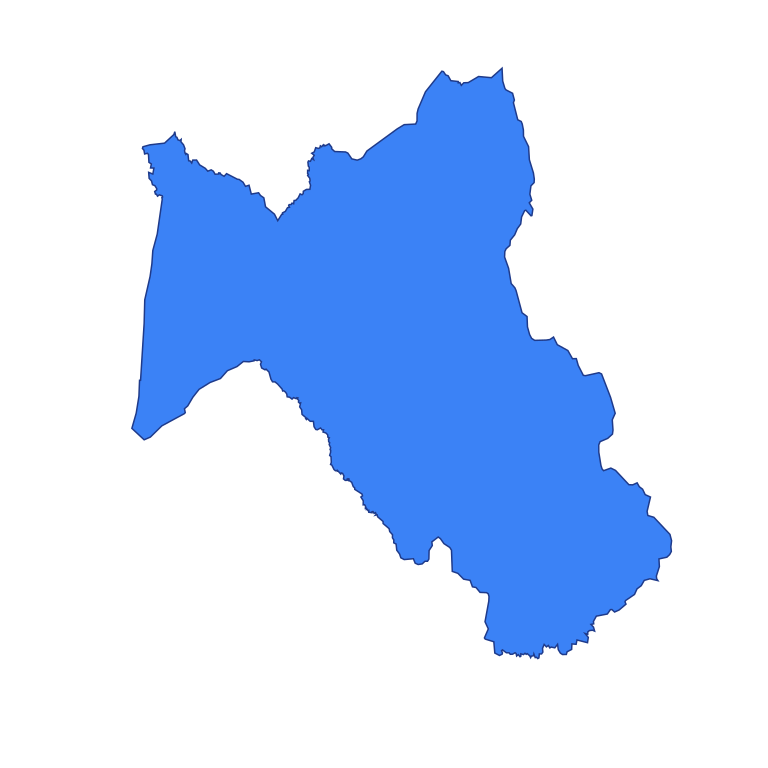 Thung Saliam, Sukhothai, Thailand, rotated 170°
{"feature_id": "78962969B26447913933028", "entity_name": "Thung Saliam", "entity_type": "district", "adm_level": 2, "iso_a3": "THA", "parent_name": "Thailand", "parent_adm1": "Sukhothai", "projection": "equal_earth", "projection_center": [99.595, 17.377], "detail": "fine", "context": "isolated", "style": "filled", "palette": "blue", "viewbox_px": 768, "rotation_deg": 170, "n_neighbors": 0, "source": "geoboundaries", "source_scale": "gbopen_adm2", "svg_char_len": 6121}
<svg xmlns="http://www.w3.org/2000/svg" viewBox="0 0 768 768"><g transform="rotate(170 384 384)"><path d="M212.9,674.5L225.0,667.0L237.5,670.4L248.7,666.2L253.1,666.8L256.0,664.7L256.9,667.7L258.6,667.7L258.4,669.0L265.5,671.1L267.3,676.4L269.6,677.7L271.2,681.3L272.7,682.0L292.4,664.6L302.6,649.0L304.4,644.8L305.8,637.3L307.7,634.5L319.1,635.9L326.6,633.0L360.4,616.4L364.9,611.3L367.7,609.8L371.5,609.1L376.6,611.3L379.5,617.7L381.6,619.2L392.2,621.5L394.7,624.8L394.4,626.2L396.4,630.1L400.2,628.8L401.1,629.5L401.7,628.9L402.2,630.1L404.2,628.5L405.3,629.6L406.2,627.7L407.8,627.4L410.2,628.6L412.4,624.7L415.1,623.8L413.0,621.4L414.8,619.3L414.4,617.2L416.0,618.6L417.8,616.1L419.6,616.8L420.4,615.7L420.7,611.7L420.0,610.4L420.6,607.1L422.1,607.7L422.7,604.5L422.1,603.6L423.0,602.6L421.4,599.5L421.5,596.8L422.4,596.2L421.8,592.5L423.2,588.6L426.6,589.1L430.0,587.8L430.5,585.5L431.9,584.6L433.6,585.8L436.2,582.2L439.0,580.2L440.7,580.3L441.7,577.2L443.2,578.1L444.2,576.9L446.3,577.1L446.9,576.3L446.4,574.5L448.4,574.4L451.2,571.1L454.2,570.2L454.3,568.8L455.2,568.9L460.3,563.3L462.4,570.3L469.9,579.1L470.0,588.2L472.9,591.1L474.3,594.1L481.7,594.1L482.4,603.2L486.1,602.7L487.8,607.2L491.1,610.6L492.8,611.1L502.5,618.5L505.4,616.3L508.1,618.6L508.8,620.3L510.1,620.6L510.2,619.5L513.9,619.9L515.1,623.2L517.0,624.9L520.6,624.2L522.5,627.4L527.5,631.8L529.7,637.1L533.5,637.7L535.0,635.0L536.2,637.3L537.6,637.8L537.2,644.0L538.8,645.4L539.3,644.7L539.9,646.2L539.9,648.5L539.1,650.2L539.9,654.4L541.9,657.8L541.3,660.1L542.8,659.2L544.5,660.2L545.1,662.9L546.2,663.7L546.2,668.8L547.6,666.2L558.3,659.3L572.9,660.2L580.2,659.5L581.0,657.9L579.8,655.9L579.8,652.1L576.9,652.3L576.1,650.9L577.0,643.1L574.9,641.1L576.4,637.3L573.1,636.6L575.2,630.9L579.0,633.3L579.6,627.3L577.7,624.4L577.4,620.5L575.2,619.1L573.9,615.9L574.2,614.5L576.4,613.4L576.1,610.7L575.2,610.5L574.4,608.3L572.4,609.3L569.7,607.8L569.6,606.6L570.4,606.1L570.3,604.5L581.3,571.0L588.5,555.6L591.7,542.7L595.7,530.5L605.0,508.4L609.7,485.3L623.1,429.9L624.1,430.1L627.5,414.4L633.1,398.3L640.0,384.1L629.9,370.7L623.3,372.3L610.0,381.4L585.7,389.5L584.7,390.3L584.8,394.3L581.1,396.5L574.5,404.2L567.0,410.9L555.0,415.7L544.1,417.8L535.9,424.3L525.7,426.7L518.6,430.6L513.0,429.3L507.9,429.4L507.6,430.3L504.9,429.1L502.5,429.5L500.8,427.1L502.2,425.0L501.7,421.0L498.7,418.6L497.6,419.1L495.2,415.8L494.5,408.4L493.4,405.5L491.0,405.0L488.8,402.5L485.2,396.6L485.0,394.7L483.9,394.7L482.4,393.1L481.5,391.0L481.6,388.2L479.3,387.4L477.2,385.1L475.4,386.3L473.2,384.9L472.2,385.7L471.2,385.2L472.0,384.5L470.8,382.6L471.4,381.1L470.5,379.8L469.4,379.9L471.0,376.1L469.6,372.9L470.0,368.3L466.3,363.8L467.1,363.6L466.6,362.5L465.6,363.3L463.2,360.1L460.0,359.5L460.3,354.1L459.1,351.1L457.6,350.5L454.1,351.7L453.0,349.6L451.5,349.4L452.4,347.3L449.8,345.9L448.3,343.8L448.5,341.4L447.2,340.5L448.2,339.4L448.5,336.8L447.7,335.6L448.5,333.9L447.6,330.6L448.5,328.7L448.0,328.1L448.5,325.9L449.9,323.1L448.8,321.6L449.5,316.0L450.6,314.0L449.5,313.3L448.1,308.5L446.9,307.0L445.0,307.1L445.1,306.2L444.4,306.3L442.2,302.8L441.5,303.8L440.3,303.2L439.4,300.4L440.4,297.6L438.9,295.8L437.4,295.6L436.9,296.5L436.2,295.5L435.8,296.9L435.0,296.6L435.1,295.0L432.9,292.8L432.1,288.3L430.9,286.8L431.1,285.3L424.8,279.5L424.6,277.6L426.4,276.7L424.7,272.6L425.5,268.6L424.1,268.5L423.4,266.8L423.9,264.9L423.2,265.1L423.2,263.5L422.5,263.8L421.7,262.1L421.0,262.2L421.3,260.4L418.2,259.3L418.0,260.3L417.0,260.3L416.2,258.3L414.7,258.8L414.3,257.0L415.2,256.3L413.5,256.4L413.3,254.3L408.8,248.8L409.1,246.7L404.1,240.7L404.0,237.7L401.8,234.1L402.4,231.1L401.4,228.7L402.0,225.9L399.9,224.3L400.3,218.1L398.2,213.9L397.6,209.9L394.6,207.6L385.4,206.8L384.4,202.1L381.7,200.3L377.6,200.2L374.5,202.3L371.9,201.9L370.2,203.8L368.5,212.2L364.5,216.5L364.3,220.2L357.2,223.9L355.3,221.9L352.7,216.4L347.6,211.6L346.4,208.6L349.3,187.6L344.1,184.7L339.5,178.0L333.3,175.7L332.1,168.9L328.7,167.6L325.6,162.1L319.2,160.7L317.8,159.3L317.5,156.4L318.5,152.0L325.8,132.3L323.8,124.7L329.2,116.5L328.6,115.2L320.6,111.1L321.6,99.8L317.4,96.6L314.6,97.4L314.0,98.6L314.6,101.0L313.5,101.6L310.2,98.1L307.4,97.5L306.6,95.9L304.2,95.6L301.6,96.6L300.7,95.7L300.6,93.1L298.8,94.2L297.4,91.8L296.5,92.2L296.1,94.5L293.6,93.3L291.9,94.3L290.9,93.1L289.8,93.6L287.7,91.1L287.1,89.1L286.2,90.4L284.0,90.4L283.3,92.1L282.6,88.3L281.3,88.4L280.2,86.9L279.0,87.4L277.9,91.2L275.7,90.8L274.1,92.4L273.8,96.1L271.5,99.7L269.7,96.9L267.6,98.0L266.5,95.3L265.0,95.9L261.6,94.5L258.3,97.5L258.5,92.1L257.0,88.3L255.2,86.6L251.4,86.0L250.2,88.5L245.3,90.0L244.1,95.4L240.0,94.3L238.4,98.4L228.5,93.9L226.8,99.0L229.3,103.4L226.8,102.2L226.4,104.4L224.5,105.5L221.4,105.3L219.5,104.1L219.9,108.2L221.9,111.3L219.1,111.4L219.0,113.8L215.2,118.5L204.0,118.7L200.2,122.5L198.7,122.3L196.5,119.4L191.7,120.6L183.9,125.2L184.5,127.6L183.7,128.8L173.8,133.3L170.4,138.3L165.7,140.7L161.8,145.4L155.9,146.0L148.4,142.8L149.3,144.9L149.1,147.6L144.5,156.4L143.6,164.0L135.5,164.3L132.3,166.4L130.1,169.2L129.8,173.8L128.0,179.7L128.5,186.2L141.4,205.9L147.0,208.7L147.0,212.9L141.2,226.4L146.0,229.7L147.6,235.5L150.4,238.5L151.9,242.7L156.6,241.5L160.3,242.3L171.0,258.7L175.2,261.8L182.8,260.5L184.0,262.5L184.5,266.2L184.3,279.5L183.1,286.7L181.2,289.7L173.1,291.6L167.7,295.0L166.5,298.8L165.4,309.1L161.4,315.0L163.2,331.5L168.0,356.1L170.3,357.8L184.1,357.2L186.2,357.9L189.5,368.6L190.2,375.6L194.0,376.2L197.1,385.0L206.5,392.6L208.9,400.8L212.9,399.0L216.6,399.1L228.0,400.8L230.7,403.3L232.0,407.3L232.8,415.3L231.4,425.6L235.7,430.2L237.7,453.0L238.4,456.0L241.3,460.8L241.2,476.3L243.2,488.1L242.0,493.5L240.2,496.0L235.9,498.7L234.6,503.7L229.4,508.2L225.7,513.9L221.6,517.8L219.5,524.6L215.4,530.3L214.1,530.5L210.0,524.1L209.1,524.2L207.0,530.4L209.5,537.2L206.6,539.3L207.4,545.6L204.9,553.6L201.2,556.3L200.4,559.7L200.2,565.9L201.9,579.6L200.4,592.6L203.6,603.7L202.6,610.0L202.7,616.0L203.3,618.7L206.4,621.0L207.7,638.6L206.3,641.0L206.9,648.0L212.7,652.4L213.6,654.0L214.5,661.7L212.9,674.5Z" fill="#3b82f6" stroke="#1e3a8a" stroke-width="1.5"/></g></svg>